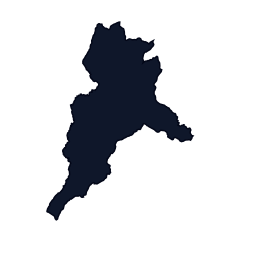 Natividade, Tocantins, Brazil, rotated 190°
{"feature_id": "56859067B45989324598243", "entity_name": "Natividade", "entity_type": "district", "adm_level": 2, "iso_a3": "BRA", "parent_name": "Brazil", "parent_adm1": "Tocantins", "projection": "robinson", "projection_center": [-47.662, -11.727], "detail": "fine", "context": "isolated", "style": "filled", "palette": "ink", "viewbox_px": 256, "rotation_deg": 190, "n_neighbors": 0, "source": "geoboundaries", "source_scale": "gbopen_adm2", "svg_char_len": 5956}
<svg xmlns="http://www.w3.org/2000/svg" viewBox="0 0 256 256"><g transform="rotate(190 128 128)"><path d="M191.8,31.4L185.4,28.6L184.7,27.7L183.9,26.0L182.7,25.1L182.1,25.6L181.6,26.2L181.5,28.3L180.9,30.5L180.9,31.2L180.2,32.5L180.0,33.9L179.4,35.7L178.8,36.0L177.9,36.9L177.7,37.5L177.5,41.2L177.1,41.9L176.0,43.0L174.7,45.5L173.3,46.6L172.9,47.5L172.4,48.2L171.6,48.1L168.1,51.8L165.0,52.4L163.8,53.2L162.9,52.7L162.0,51.9L161.1,51.8L159.9,52.3L160.2,52.8L160.2,53.5L159.7,53.9L159.6,54.5L158.3,54.7L157.9,55.1L157.9,58.0L156.8,61.1L156.4,63.5L155.5,65.2L154.8,65.8L154.1,67.0L152.8,68.1L152.1,68.3L151.5,67.2L151.0,67.5L148.8,67.6L144.6,71.2L143.2,72.1L142.7,72.8L142.0,74.3L141.3,74.6L140.7,75.8L140.9,77.4L140.7,78.1L140.9,78.7L140.1,79.2L138.4,79.3L138.0,80.0L138.0,80.8L137.5,81.1L138.1,82.6L138.3,84.3L139.3,85.4L139.4,86.1L139.1,87.6L139.6,88.1L140.8,88.5L142.2,89.2L142.9,90.2L143.1,91.8L142.9,93.4L143.1,94.0L142.2,95.1L141.8,96.5L141.2,97.2L140.7,99.4L140.3,100.1L139.1,100.3L138.8,100.7L137.5,102.9L137.0,105.8L137.0,107.7L137.9,109.1L137.0,112.6L135.8,114.1L135.1,114.2L133.9,115.0L132.7,115.2L131.5,115.9L130.3,117.2L128.6,118.3L127.5,119.4L125.2,120.5L125.1,121.1L123.9,121.3L122.6,122.3L121.6,124.1L121.8,124.8L120.0,125.6L118.8,126.7L118.8,127.6L118.3,128.0L117.2,128.6L115.8,128.7L115.3,129.5L115.0,131.2L114.4,132.0L114.4,133.0L113.7,133.6L113.9,134.3L113.6,134.8L113.0,135.1L111.0,134.7L109.5,133.6L108.7,133.6L107.8,133.0L101.8,131.0L99.5,129.5L98.4,129.1L97.0,129.4L95.6,131.3L94.9,131.5L91.4,131.7L89.1,130.6L88.4,129.5L88.3,128.8L87.3,127.7L87.3,126.2L82.6,124.2L82.0,124.3L81.5,124.7L81.4,125.6L80.5,126.8L79.8,126.9L78.5,126.7L77.3,126.1L76.2,126.0L74.5,124.3L73.0,123.9L71.1,124.7L69.9,125.8L68.9,126.3L66.7,126.8L66.0,127.2L64.3,126.9L64.3,127.8L63.7,128.0L63.3,129.4L63.4,130.3L62.6,131.5L64.1,131.7L65.9,133.8L66.1,135.3L65.8,136.9L66.4,137.9L67.0,138.5L67.7,138.5L68.2,137.8L68.8,137.6L69.5,137.7L70.3,138.1L70.8,139.0L73.6,140.1L73.4,140.8L74.1,140.8L74.5,140.0L75.8,139.8L76.9,138.6L77.5,138.8L78.1,139.4L79.3,139.6L78.7,141.2L78.7,142.0L80.0,142.2L80.2,143.0L80.0,143.9L81.5,144.7L81.1,146.5L81.3,147.5L82.6,148.1L83.2,148.8L83.4,149.8L84.2,150.4L84.9,150.2L87.3,151.1L87.6,151.7L88.2,152.3L90.2,153.5L90.7,154.3L91.3,154.8L92.5,154.9L93.8,155.6L94.6,155.7L96.0,156.7L101.0,157.2L103.9,158.7L105.5,160.2L105.9,161.2L106.3,163.3L106.8,164.0L107.0,164.6L108.1,165.4L108.6,168.0L108.7,168.9L108.3,169.4L107.7,172.4L108.1,173.3L108.7,173.9L109.5,174.0L110.1,175.7L109.9,176.5L108.2,179.4L108.0,181.6L108.2,182.5L108.0,183.6L107.4,185.2L105.1,189.2L105.0,190.2L105.0,191.3L106.2,191.4L107.1,192.3L107.4,193.3L107.4,194.4L108.2,197.6L110.1,199.9L111.1,203.0L111.7,203.5L112.2,203.5L113.8,201.5L115.4,201.4L115.9,199.8L116.5,199.5L117.2,199.2L117.9,199.2L119.1,197.9L120.0,197.9L120.6,197.4L122.8,196.7L124.6,194.7L124.4,196.6L125.7,199.0L125.5,203.6L124.8,205.2L124.3,205.8L123.3,206.0L122.3,207.1L120.2,208.8L119.2,210.2L118.9,211.1L117.5,213.1L117.4,213.9L117.1,214.4L117.8,215.9L118.5,216.4L118.6,217.3L118.3,218.4L120.9,216.3L121.7,214.6L122.2,214.4L123.3,215.2L125.6,215.9L127.1,215.7L128.3,216.1L129.5,216.1L130.1,216.6L131.0,218.0L132.2,218.5L133.5,218.2L134.2,217.7L135.1,216.3L137.0,216.2L138.9,215.6L141.7,216.0L142.4,215.8L144.2,214.3L144.9,214.0L145.6,214.1L146.0,214.6L146.3,215.4L146.3,217.3L146.8,218.2L147.7,219.1L148.3,222.0L149.4,224.6L149.8,225.0L151.2,225.4L154.2,227.1L154.5,230.9L155.1,230.8L157.4,229.4L158.4,228.5L159.8,227.8L162.1,225.8L162.7,225.1L162.9,222.7L163.5,221.8L164.4,221.6L166.6,222.4L167.4,222.2L169.0,222.6L169.5,223.2L170.8,223.7L171.8,225.7L173.2,225.4L174.4,225.7L175.0,225.5L176.1,224.3L176.2,222.7L175.9,222.1L176.3,221.4L177.1,220.9L177.3,220.0L177.0,218.5L177.1,216.2L177.3,215.6L177.1,214.8L177.2,214.1L177.8,213.8L178.2,213.0L178.5,209.6L178.9,207.9L178.3,205.1L179.2,203.5L179.3,201.7L179.0,200.3L179.2,199.1L179.7,198.5L179.9,197.0L180.4,196.2L181.6,192.4L182.2,191.6L182.7,189.7L183.9,187.1L184.0,185.6L183.7,185.0L183.8,184.1L181.1,181.4L179.9,179.9L179.0,178.2L177.5,177.7L176.5,176.4L175.9,176.5L175.3,176.2L175.2,175.3L173.9,174.4L174.5,172.9L173.4,170.9L171.0,169.2L170.6,168.5L169.3,168.0L168.7,168.2L168.0,168.7L166.5,168.1L165.1,167.1L164.4,167.0L164.3,165.1L164.9,163.3L165.6,162.8L165.5,162.1L165.7,160.9L166.7,160.0L166.8,159.4L167.4,159.5L169.1,159.1L169.9,159.3L170.1,158.2L169.6,157.3L170.1,156.9L170.9,157.0L171.6,156.7L172.0,156.1L172.1,155.3L172.0,153.5L172.6,153.0L173.2,153.1L173.9,153.7L174.8,152.7L175.4,152.9L175.9,152.3L176.5,152.9L177.4,153.1L178.7,152.3L179.9,153.2L180.7,153.0L180.6,152.1L182.2,151.6L182.4,150.9L183.6,150.6L183.3,149.9L185.0,148.5L184.7,146.9L185.8,144.7L185.5,143.9L186.3,142.7L186.1,141.4L186.8,140.8L187.4,141.2L187.9,141.1L188.5,140.6L187.2,137.6L186.0,136.1L186.0,135.3L186.2,134.6L186.0,133.7L185.5,132.5L184.3,130.8L184.2,129.4L183.6,129.2L183.1,126.9L182.8,126.2L182.2,126.3L182.2,125.4L182.0,124.4L182.6,122.8L183.2,122.3L184.1,122.8L184.5,122.2L184.0,121.3L184.0,120.2L184.8,120.3L184.8,119.4L185.1,117.6L184.8,116.2L185.6,115.1L185.3,114.6L186.0,113.1L186.5,112.7L186.7,110.2L185.9,108.2L185.4,108.2L185.6,107.5L185.5,106.7L183.5,104.8L183.9,103.9L185.0,103.1L185.3,102.4L185.1,101.7L186.4,100.4L185.9,98.6L186.2,97.5L186.9,97.6L188.4,94.8L188.1,94.2L188.1,93.2L187.3,92.9L187.2,91.1L186.5,90.8L186.1,89.8L184.4,88.8L184.1,88.2L182.7,88.1L182.1,87.5L181.7,88.0L181.1,88.1L180.8,87.3L181.3,86.0L181.3,85.3L180.6,84.8L179.1,84.6L178.2,83.4L178.5,82.9L178.8,80.2L179.2,79.7L179.3,76.7L178.5,75.8L178.1,74.9L177.4,72.1L177.5,71.2L178.2,69.9L177.9,67.8L178.8,67.4L179.5,66.0L180.0,65.6L179.4,63.3L179.8,62.6L179.9,60.7L181.6,59.6L180.9,58.3L181.4,57.5L181.7,56.1L184.0,52.2L185.4,51.8L185.6,51.2L187.6,48.6L188.7,46.4L189.0,44.8L189.9,43.9L191.7,40.1L191.9,39.2L191.5,38.3L191.7,37.5L192.2,37.2L193.2,34.2L193.2,32.7L193.4,32.1L193.1,31.5L192.5,31.3L191.8,31.4Z" fill="#0f172a" stroke="#020617" stroke-width="1.5"/></g></svg>